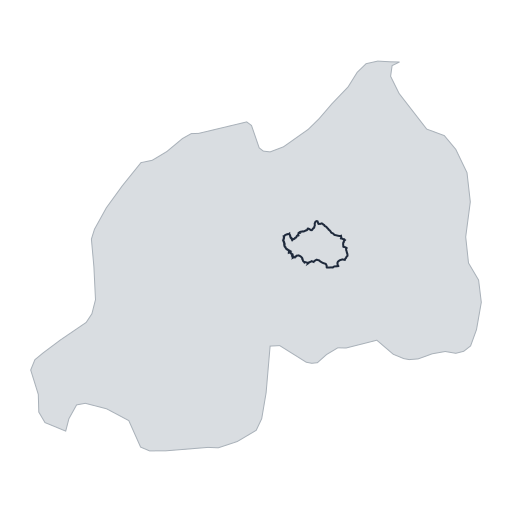 Gasabo, Kigali City, Rwanda shown in context
{"feature_id": "39286606B27612515465928", "entity_name": "Gasabo", "entity_type": "district", "adm_level": 2, "iso_a3": "RWA", "parent_name": "Rwanda", "parent_adm1": "Kigali City", "projection": "mercator", "projection_center": [30.108, -1.884], "detail": "fine", "context": "in_parent", "style": "outline", "palette": "slate", "viewbox_px": 512, "rotation_deg": 0, "n_neighbors": 0, "source": "geoboundaries", "source_scale": "gbopen_adm2", "svg_char_len": 6199}
<svg xmlns="http://www.w3.org/2000/svg" viewBox="0 0 512 512"><path d="M191.3,133.6L198.6,133.4L246.7,121.9L251.5,125.5L259.2,147.9L263.3,151.1L270.1,151.9L283.5,146.8L308.3,129.3L319.1,118.7L331.9,103.8L348.1,86.9L357.2,72.3L366.1,63.7L377.7,61.1L390.5,61.8L399.5,62.0L392.1,65.6L390.6,76.3L399.1,93.5L426.7,129.1L444.3,135.6L455.8,149.4L467.0,172.7L470.3,201.9L465.7,236.9L468.5,263.0L478.6,280.1L481.3,302.3L476.5,329.6L470.6,345.9L463.7,351.3L455.8,353.3L445.2,351.5L432.2,353.8L418.1,358.9L409.2,359.6L403.7,358.6L393.3,354.3L376.8,340.2L346.1,348.0L337.8,347.8L326.6,354.5L317.4,362.7L311.8,363.3L306.2,362.2L279.7,345.6L270.1,346.1L266.1,392.8L261.7,418.7L256.2,430.3L237.3,441.5L218.3,447.8L207.9,447.4L166.0,450.8L149.6,450.9L140.6,447.1L128.8,420.6L106.6,408.8L85.3,403.3L76.6,404.9L68.9,418.7L65.7,431.1L45.0,422.6L38.8,412.1L38.3,394.4L30.7,370.0L34.9,359.7L43.0,353.0L60.2,340.1L86.2,322.4L91.9,313.8L95.5,299.7L93.9,266.8L91.4,239.1L94.5,229.2L106.4,207.7L122.3,185.8L141.0,162.6L152.2,160.3L166.9,151.5L182.5,138.5L191.3,133.6Z" fill="#d9dde1" stroke="#a8b0b8" stroke-width="1"/><path d="M302.6,259.2L302.9,260.6L303.1,261.0L303.6,261.6L304.1,262.0L304.4,262.0L304.5,262.3L304.8,262.0L306.4,262.5L306.8,262.5L307.1,262.6L307.4,262.9L307.6,262.8L307.5,262.5L307.5,262.3L307.7,262.7L308.3,263.1L308.2,263.3L308.5,263.1L308.8,262.5L309.1,262.4L309.3,262.2L309.7,262.2L310.4,261.8L311.7,261.3L311.8,261.2L312.3,261.5L312.8,261.6L313.3,261.8L313.3,261.7L313.6,261.6L314.1,261.4L315.0,260.6L316.6,259.7L317.0,259.8L318.7,260.3L319.0,260.3L320.2,261.4L322.2,262.6L322.8,262.9L324.2,263.4L324.3,263.4L324.6,263.5L325.5,263.8L326.0,264.2L326.0,264.5L326.6,265.4L326.7,267.4L326.8,267.5L327.3,267.5L328.9,267.5L329.7,267.5L331.0,267.4L332.7,267.5L333.0,267.4L333.2,267.1L333.5,266.9L334.0,266.6L334.6,266.4L336.8,266.3L336.9,266.2L337.5,266.2L338.3,266.1L338.3,265.9L337.8,265.2L337.6,265.0L337.6,264.0L337.4,263.2L337.5,262.7L337.6,262.4L337.8,261.9L337.9,261.7L339.1,260.7L339.9,260.2L340.2,260.1L341.4,259.7L341.6,259.7L342.4,259.4L344.8,259.9L345.3,258.6L346.0,258.0L346.5,256.8L347.5,255.8L347.5,255.6L347.4,253.9L347.1,253.4L347.1,253.2L347.0,252.7L346.9,252.6L346.7,251.9L346.6,251.2L346.2,250.2L346.1,249.8L346.2,249.0L346.1,248.6L346.3,248.3L346.6,248.0L346.4,247.8L346.1,247.7L345.1,247.2L344.8,247.1L343.6,246.9L343.3,246.7L343.3,245.8L343.1,243.9L343.3,243.0L343.3,242.5L343.4,242.4L343.8,242.1L343.8,241.7L343.8,241.2L344.9,240.1L344.6,239.9L344.4,239.5L344.2,239.6L343.8,239.3L342.3,238.8L341.9,238.5L341.6,238.4L341.3,238.4L341.0,238.5L340.9,238.4L341.0,238.2L341.1,237.9L341.3,237.3L341.0,235.8L340.5,236.0L339.6,236.0L338.2,235.8L335.8,235.2L334.8,235.0L334.4,234.9L334.2,234.7L333.8,234.3L333.4,233.7L332.6,233.3L332.0,233.0L331.7,232.9L331.1,232.5L330.7,231.6L329.6,230.3L329.3,230.1L328.8,229.8L328.5,229.5L328.3,228.9L328.0,228.6L327.6,228.4L326.3,226.8L324.9,226.1L324.6,225.9L324.5,225.7L324.4,225.3L324.2,225.0L324.0,224.9L323.3,224.6L322.6,223.8L322.2,223.6L321.8,223.4L321.5,223.4L321.2,223.5L320.8,223.8L320.7,223.8L320.2,223.9L319.5,223.8L318.7,224.0L318.4,223.8L318.3,223.7L317.9,222.3L317.5,221.3L316.6,221.1L315.6,221.6L315.3,222.0L315.2,222.4L314.7,223.4L314.8,225.5L314.7,225.8L314.3,226.6L314.2,227.6L313.7,228.1L313.1,228.4L313.0,228.6L312.9,228.8L312.7,228.9L312.5,229.2L312.3,229.7L312.1,229.9L311.9,230.1L311.5,230.1L311.1,230.2L310.4,229.9L309.8,229.3L309.5,229.1L308.1,228.5L307.9,228.5L307.7,228.6L307.7,229.1L307.5,229.4L307.4,229.7L307.2,229.8L306.8,230.2L306.5,230.3L306.3,230.4L306.1,230.3L305.6,230.5L305.2,230.8L304.9,230.9L304.8,231.0L304.5,231.1L304.4,231.2L303.6,231.5L303.3,231.4L302.4,231.4L302.1,231.6L301.6,231.7L301.2,231.6L300.5,231.8L300.3,231.9L299.8,232.1L299.7,232.3L299.3,232.5L298.9,232.8L299.0,232.9L298.9,232.9L298.8,233.2L298.7,233.3L298.3,234.0L298.1,234.6L298.2,235.1L298.4,235.5L298.2,235.6L297.5,235.5L297.2,235.6L296.7,236.2L296.5,236.9L296.3,237.2L296.0,237.4L295.8,237.7L295.4,237.7L295.1,237.9L294.7,238.3L294.5,238.8L294.3,238.9L294.0,238.9L293.3,239.1L292.5,239.9L292.2,240.2L291.9,239.7L292.0,239.2L291.8,239.0L291.8,238.6L291.6,238.5L291.7,238.4L291.5,238.1L291.4,238.0L291.2,237.8L291.2,237.7L290.9,237.5L290.5,237.4L290.4,236.9L290.3,236.7L290.3,236.8L290.3,236.6L290.2,236.4L290.2,236.2L290.3,236.3L290.3,236.2L290.2,236.1L290.1,235.9L290.1,235.7L290.1,235.4L289.7,234.6L289.5,234.3L289.4,234.2L289.2,234.0L289.2,233.7L288.6,234.1L288.1,234.2L287.9,234.1L287.5,234.3L287.2,234.2L287.1,234.3L286.6,234.5L285.4,234.9L285.1,235.1L284.9,235.4L284.7,235.7L284.4,236.0L283.7,236.2L283.8,236.6L284.0,237.2L283.9,237.3L284.0,237.5L283.9,237.8L284.0,237.8L284.0,238.0L283.9,238.6L283.7,239.0L283.6,239.3L283.6,239.5L283.4,239.8L283.5,239.9L283.4,240.2L283.2,240.3L283.4,240.6L283.3,240.9L283.4,241.0L283.6,241.1L283.7,241.7L284.0,241.8L284.1,242.0L284.1,242.3L284.2,242.5L284.4,243.1L284.2,243.2L284.3,243.4L284.2,243.4L284.2,243.7L284.3,243.8L284.2,244.0L284.2,244.4L284.4,244.5L284.5,244.9L284.5,245.0L284.3,245.2L284.5,245.6L284.6,245.8L284.5,246.1L284.6,246.5L285.1,246.9L285.2,247.2L285.3,247.2L285.3,247.4L285.4,247.5L285.6,247.6L285.8,248.1L286.0,248.3L286.1,248.5L286.3,248.6L286.4,248.8L286.6,248.9L286.5,249.0L286.9,249.3L287.3,249.7L287.4,249.8L287.5,249.8L287.8,249.9L288.2,249.9L288.7,250.3L288.9,250.3L289.2,250.5L289.3,250.6L289.6,250.7L289.7,250.9L290.1,251.1L289.9,251.2L289.9,251.3L289.8,251.6L289.5,251.5L288.9,251.6L288.8,251.9L288.8,252.6L289.0,252.5L289.3,252.6L290.1,252.1L290.4,252.0L290.6,252.1L290.7,252.5L290.6,253.0L290.9,253.2L291.0,253.6L291.3,253.7L291.6,253.9L291.9,253.9L292.0,254.0L291.9,254.1L292.0,254.3L292.3,254.4L292.6,254.5L292.5,255.2L292.4,255.3L292.5,255.4L292.4,255.5L292.1,255.6L292.0,255.8L292.3,256.0L292.4,256.5L292.4,256.8L292.8,256.9L292.7,256.7L292.8,256.6L293.0,256.4L293.3,256.8L293.5,257.1L293.4,257.1L293.4,257.3L293.3,257.5L293.7,257.3L294.1,257.4L294.5,257.3L294.9,257.4L295.2,256.7L295.4,256.7L295.6,256.5L296.0,256.5L296.6,255.7L297.0,255.6L297.8,255.6L298.1,255.5L298.4,255.5L298.6,255.4L298.9,255.5L299.0,255.6L299.9,256.0L300.6,256.4L301.5,257.2L302.2,258.0L302.3,258.6L302.2,258.6L302.3,259.1L302.6,259.2Z" fill="none" stroke="#1e293b" stroke-width="2"/></svg>